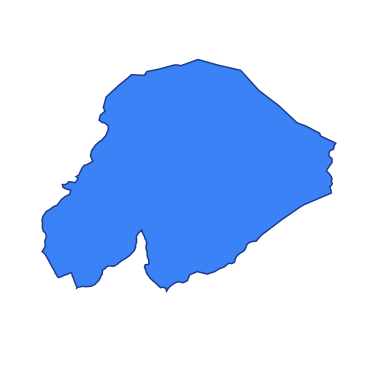 the district of Asunción Cacalotepec, Oaxaca, Mexico, rotated 111°
{"feature_id": "50627088B57748910151999", "entity_name": "Asunción Cacalotepec", "entity_type": "district", "adm_level": 2, "iso_a3": "MEX", "parent_name": "Mexico", "parent_adm1": "Oaxaca", "projection": "orthographic", "projection_center": [-95.904, 17.039], "detail": "fine", "context": "isolated", "style": "filled", "palette": "blue", "viewbox_px": 384, "rotation_deg": 111, "n_neighbors": 0, "source": "geoboundaries", "source_scale": "gbopen_adm2", "svg_char_len": 3874}
<svg xmlns="http://www.w3.org/2000/svg" viewBox="0 0 384 384"><g transform="rotate(111 192 192)"><path d="M134.1,306.2L145.0,305.0L147.7,302.1L152.9,305.1L158.3,304.5L159.2,300.7L158.9,297.9L160.4,293.8L162.3,293.1L163.4,292.7L167.6,292.6L170.7,292.8L171.4,293.1L176.0,294.9L178.7,296.9L183.0,298.9L189.4,300.5L194.6,299.8L198.9,295.6L201.1,297.5L203.9,299.8L205.9,302.3L209.4,303.3L213.5,303.6L216.7,303.7L219.2,305.8L220.0,303.1L225.0,304.2L226.5,310.6L230.3,312.5L231.5,315.7L233.9,314.0L234.3,310.4L233.7,305.9L237.6,305.2L241.8,308.8L245.7,311.2L248.5,311.9L252.9,313.3L255.2,316.0L259.1,318.4L262.2,321.0L267.9,322.3L272.0,322.0L274.3,320.5L278.7,319.0L281.4,317.2L283.2,313.7L285.8,312.0L290.6,311.8L295.0,309.5L300.3,310.3L301.3,310.6L302.7,306.8L307.4,301.2L311.3,296.7L314.1,293.2L316.1,290.9L317.2,290.3L317.3,289.5L317.6,288.9L318.0,288.5L318.7,288.1L319.0,287.6L319.5,286.5L319.6,286.0L319.3,285.4L318.5,284.4L317.9,283.7L317.0,282.8L315.8,282.0L315.0,280.7L314.2,279.8L312.9,278.5L312.1,277.5L311.4,276.9L311.2,276.6L310.9,275.8L311.0,275.3L311.3,274.9L311.6,274.7L312.6,274.1L313.7,273.2L314.3,272.4L315.1,271.8L315.6,271.3L316.3,270.7L317.5,269.7L318.2,269.1L318.7,268.6L319.3,267.9L320.3,267.2L320.6,266.7L321.3,265.9L321.9,265.5L322.3,265.3L323.0,265.2L321.7,264.3L321.0,263.0L320.3,261.9L319.8,261.0L319.1,259.8L318.9,258.4L318.1,256.6L317.4,254.9L317.0,254.1L315.7,251.9L314.5,250.9L313.6,250.1L313.1,249.5L311.5,248.9L309.7,248.1L308.3,247.5L307.4,247.2L304.7,246.8L302.9,247.1L301.9,246.6L300.7,246.4L299.7,247.0L298.4,246.9L297.7,247.4L297.0,247.7L294.9,245.8L293.1,245.2L292.0,244.6L290.9,243.2L290.2,241.7L289.9,240.1L289.4,238.7L288.7,237.7L287.5,237.0L286.1,235.7L284.7,235.1L283.1,234.1L281.8,233.4L280.3,232.2L279.3,231.5L278.4,230.6L277.7,230.1L275.2,228.5L273.7,227.5L272.4,226.9L271.2,226.4L269.1,225.5L266.7,224.8L265.3,224.9L263.9,224.9L261.3,225.8L259.7,225.6L258.3,225.8L257.4,226.4L255.6,226.9L254.2,227.9L253.4,228.1L251.7,227.6L250.4,227.5L248.9,227.0L247.9,226.5L247.0,225.7L247.0,225.2L245.7,225.3L246.8,224.1L247.8,223.5L248.9,222.3L250.3,220.7L251.7,219.8L252.8,218.7L253.5,217.6L254.4,216.9L255.6,216.2L257.5,215.7L259.1,215.4L260.8,214.9L261.6,214.4L263.0,213.2L264.1,212.5L265.8,211.5L266.9,211.4L268.5,210.3L269.9,209.1L271.0,208.0L272.2,207.6L273.2,207.0L273.9,206.7L274.5,206.6L274.9,206.4L275.4,207.2L276.3,208.7L276.6,209.6L279.1,209.5L280.4,208.2L282.8,206.2L284.5,204.8L286.0,202.3L287.4,200.4L288.2,198.4L289.1,196.2L289.8,193.9L290.9,191.1L291.6,189.9L292.6,187.0L291.5,185.5L291.3,184.2L291.3,181.7L293.1,180.8L293.7,180.2L290.1,179.6L287.8,178.5L285.3,177.0L281.9,174.4L280.0,170.9L280.1,170.0L280.2,169.2L279.9,168.1L279.4,167.4L278.7,166.6L277.6,165.7L276.5,164.6L270.1,164.5L264.4,158.5L263.2,148.4L258.1,142.2L254.0,139.1L250.8,135.4L246.0,132.6L245.3,131.7L244.9,130.8L244.7,129.5L244.0,128.6L243.3,128.0L242.4,127.2L241.2,127.3L240.2,127.4L239.0,127.6L238.0,127.5L237.3,127.4L236.1,127.3L234.8,126.8L233.6,126.1L231.7,125.1L230.2,123.7L228.4,122.5L226.5,121.9L224.4,121.8L221.7,121.9L220.2,121.4L218.3,120.1L216.9,118.3L214.7,114.4L207.4,111.8L202.0,108.4L185.5,98.2L165.8,84.7L165.5,84.4L163.7,82.9L143.2,61.7L142.5,62.0L141.0,62.6L139.3,64.0L137.6,65.3L136.8,64.6L135.5,64.2L133.9,64.1L131.8,65.8L131.2,65.9L129.5,66.0L127.8,67.4L126.7,69.1L125.8,70.2L125.0,71.9L124.9,72.9L124.3,74.0L123.4,73.8L122.6,74.0L120.2,73.4L119.2,73.1L117.7,72.8L116.8,72.5L115.5,72.2L114.6,71.8L111.5,72.9L110.5,73.4L110.3,74.4L109.9,75.8L109.4,76.8L108.2,77.7L105.1,78.2L103.2,77.5L102.1,75.9L101.1,75.2L99.3,75.6L97.8,76.0L96.1,75.5L94.9,75.3L94.2,84.9L93.7,91.7L91.4,94.1L89.7,108.9L89.7,118.8L80.3,142.0L73.3,165.9L61.0,190.2L64.3,213.6L66.2,233.9L78.3,247.9L78.3,250.1L79.6,253.8L89.0,266.6L95.8,277.4L100.2,278.3L104.2,290.5L108.7,292.8L117.4,297.9L134.1,306.2Z" fill="#3b82f6" stroke="#1e3a8a" stroke-width="1.5"/></g></svg>